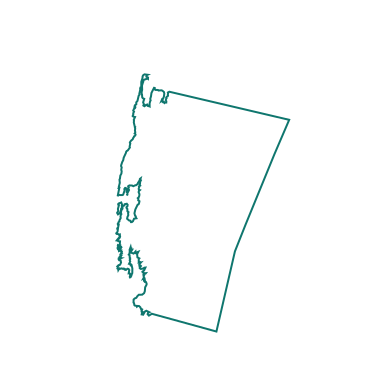 East Kwaio, Malaita, Solomon Islands (Equal Earth projection), rotated 227°
{"feature_id": "97153195B50400826200425", "entity_name": "East Kwaio", "entity_type": "district", "adm_level": 2, "iso_a3": "SLB", "parent_name": "Solomon Islands", "parent_adm1": "Malaita", "projection": "equal_earth", "projection_center": [161.056, -8.944], "detail": "fine", "context": "isolated", "style": "outline", "palette": "teal", "viewbox_px": 384, "rotation_deg": 227, "n_neighbors": 0, "source": "geoboundaries", "source_scale": "gbopen_adm2", "svg_char_len": 6041}
<svg xmlns="http://www.w3.org/2000/svg" viewBox="0 0 384 384"><g transform="rotate(227 192 192)"><path d="M73.3,114.7L119.3,182.9L131.6,208.9L163.5,278.2L178.5,312.3L280.8,243.8L281.2,242.2L280.5,241.9L279.9,240.9L278.9,240.3L278.6,239.5L278.9,238.7L278.7,237.6L277.9,237.3L277.7,236.4L277.0,235.5L276.3,235.6L276.2,235.9L276.1,235.3L275.0,234.2L275.8,233.4L275.8,232.7L276.9,232.9L277.1,232.1L278.3,231.9L278.5,232.5L279.4,233.4L279.5,231.9L280.4,233.8L280.1,234.9L281.0,236.6L282.9,238.9L284.4,239.7L286.4,239.4L287.2,239.0L289.1,236.7L289.8,236.7L291.7,234.8L292.4,234.8L293.5,235.7L294.1,235.3L292.1,229.9L289.9,227.2L288.6,225.0L287.1,224.1L287.0,223.4L285.7,221.4L283.5,219.4L284.5,219.1L284.4,218.8L285.0,218.4L286.6,218.8L286.8,217.4L287.1,217.4L287.2,215.7L288.4,215.4L289.0,216.7L290.9,217.4L292.7,220.6L294.1,220.0L295.1,220.1L297.5,222.0L298.2,222.2L299.5,223.4L300.7,225.2L303.9,228.0L305.6,230.9L306.0,231.0L305.9,231.6L306.6,232.3L306.8,233.4L305.4,236.7L304.7,236.9L305.7,237.9L307.5,237.3L308.3,238.5L308.0,239.5L310.4,237.5L310.7,236.2L310.3,234.8L309.1,233.5L307.1,230.0L303.6,226.7L303.3,225.9L303.6,225.6L303.2,224.8L302.1,223.9L299.8,220.5L299.0,220.1L298.8,218.7L295.8,214.2L295.6,212.4L294.1,211.0L294.4,209.7L294.1,208.8L293.4,207.9L293.2,208.7L292.6,208.4L292.2,207.4L292.3,206.0L291.6,204.5L290.3,204.4L289.7,202.7L289.0,202.3L288.0,200.4L287.2,200.5L285.7,201.5L284.5,198.6L283.7,198.2L282.6,196.9L278.8,194.7L278.3,194.8L278.0,194.1L277.1,193.7L276.0,192.3L274.3,191.2L273.9,190.0L273.4,190.2L272.5,189.9L272.0,189.0L272.2,187.4L271.7,186.7L271.6,185.7L271.0,184.6L271.1,182.5L270.8,180.9L270.4,180.1L269.6,180.0L267.8,177.4L266.9,176.9L266.2,173.3L266.5,172.2L266.2,171.0L265.7,170.4L263.7,165.5L262.2,163.4L261.5,161.4L259.8,158.3L259.1,157.7L258.0,157.4L256.4,155.3L255.2,154.8L253.6,152.9L252.9,150.8L250.9,148.4L250.5,147.4L247.9,145.4L245.7,142.0L244.8,142.1L244.5,141.5L244.9,141.2L244.8,140.8L244.1,141.0L239.6,134.7L240.2,136.5L239.0,137.1L237.3,138.9L237.0,139.8L239.1,143.8L240.3,144.5L240.6,145.9L240.2,146.3L239.6,145.9L238.9,146.2L237.9,145.6L237.0,145.6L236.6,144.2L235.3,144.2L236.4,147.3L237.1,147.6L237.7,147.4L238.2,147.7L238.5,148.9L239.5,149.0L239.8,149.4L239.5,150.7L237.6,152.6L236.3,153.0L235.6,155.1L235.1,155.7L235.0,158.0L235.5,158.7L236.3,161.8L237.1,162.8L237.0,163.7L236.2,162.4L235.4,162.6L234.8,161.0L233.5,159.6L233.0,158.7L232.0,158.5L232.3,157.0L231.6,156.7L230.7,155.2L229.9,154.7L228.9,155.2L228.9,153.9L228.4,152.9L226.3,152.1L225.2,150.9L224.5,149.5L224.5,148.2L223.6,148.2L222.6,147.0L221.1,147.3L220.7,146.8L219.6,145.1L219.5,144.3L219.8,143.6L217.9,138.7L215.7,135.4L213.5,134.2L212.6,134.3L211.6,133.6L210.7,133.4L212.0,131.4L210.9,128.9L211.0,127.5L211.6,126.8L213.0,127.4L214.0,126.6L216.7,126.3L217.8,127.8L218.5,129.6L220.2,130.9L220.6,131.8L221.9,131.6L223.8,133.2L225.2,133.3L225.7,134.2L225.6,135.0L226.5,136.2L227.9,136.3L229.0,134.4L228.3,133.4L228.9,131.9L228.1,130.5L227.2,129.8L226.7,127.6L224.9,125.4L224.1,125.3L224.1,124.8L222.8,122.9L221.6,122.1L220.7,119.5L220.0,118.9L220.0,117.5L219.5,116.9L219.3,115.9L218.9,115.7L218.7,116.5L218.3,116.4L216.2,113.4L216.5,113.0L216.3,112.6L215.9,113.1L214.0,110.8L213.5,109.7L213.6,109.0L213.4,108.4L212.8,108.3L211.0,109.7L209.7,109.2L209.7,109.9L208.5,108.9L208.4,107.9L208.1,108.4L207.9,108.1L207.6,105.6L208.1,105.0L207.9,103.9L207.0,104.6L206.3,104.5L205.0,105.7L202.9,103.4L202.1,102.8L201.9,103.0L201.1,101.7L200.2,102.8L199.7,102.7L199.3,101.0L199.5,100.4L200.8,100.4L201.3,101.8L201.5,100.3L202.0,99.7L201.8,99.3L200.6,98.8L199.9,99.1L198.6,98.3L198.1,99.8L197.5,100.4L197.0,99.6L195.7,98.9L195.6,99.3L195.3,98.9L195.3,98.4L195.0,98.5L195.1,96.9L194.1,96.3L194.0,95.6L193.6,96.3L193.3,95.0L193.1,94.6L193.2,95.7L192.6,95.4L192.8,94.3L192.0,95.0L192.6,93.3L192.5,92.3L191.7,92.2L190.6,93.1L188.8,92.0L188.0,90.1L187.9,89.1L188.6,88.4L188.5,86.6L187.7,86.7L186.9,85.3L186.1,85.5L185.2,84.9L185.6,86.2L185.5,86.8L185.0,86.7L184.6,87.5L184.6,87.9L185.0,87.8L182.8,89.1L182.9,89.5L182.4,90.0L181.5,90.4L181.0,89.9L180.1,90.5L179.9,92.5L179.0,93.1L177.7,92.9L175.7,90.2L175.2,90.9L174.5,90.9L173.9,90.4L173.4,90.6L172.6,89.0L172.1,89.1L172.1,88.5L171.8,88.4L171.6,89.0L172.1,90.5L172.8,90.9L172.7,91.4L173.1,91.7L173.1,92.5L173.6,93.2L176.7,96.2L180.0,98.1L180.3,98.1L180.4,97.2L181.5,97.7L182.4,97.0L183.3,99.4L184.6,99.9L184.9,100.8L185.6,101.0L185.8,101.7L186.6,101.8L188.3,103.2L189.3,103.0L189.6,104.3L191.7,106.7L192.2,106.8L193.6,109.6L192.8,109.1L192.1,109.3L191.4,107.7L190.9,107.7L190.5,108.5L189.9,106.5L189.4,106.0L186.8,107.3L187.0,110.1L185.6,109.1L185.2,109.3L185.3,111.0L184.9,112.0L184.0,109.5L181.4,107.5L179.4,108.2L179.3,107.4L177.7,105.8L177.2,105.9L176.8,105.1L176.2,106.1L175.7,105.8L175.3,106.5L175.1,104.1L174.4,103.6L173.9,104.8L174.0,103.9L173.6,103.4L173.1,104.2L172.7,104.2L172.4,102.3L171.9,101.8L170.6,102.1L169.4,104.0L169.1,105.6L168.5,106.4L167.9,105.0L167.8,104.3L167.3,103.6L167.5,101.6L167.1,101.6L166.8,101.1L165.6,101.6L165.2,101.4L164.1,102.9L164.0,102.3L164.8,100.7L164.6,100.0L163.6,99.9L163.6,99.3L162.4,98.7L161.9,97.3L161.6,98.4L161.3,98.5L159.7,97.4L159.7,97.0L160.2,96.7L159.8,96.3L158.4,96.2L158.0,96.9L157.3,96.9L155.6,96.1L155.0,95.0L154.3,92.8L151.6,89.8L150.7,88.0L150.9,85.5L153.1,83.1L153.1,81.1L152.6,79.1L153.2,77.6L153.2,76.0L151.0,73.8L150.2,73.8L148.6,72.7L148.0,72.7L146.5,73.8L145.7,73.5L145.7,74.6L144.7,75.5L143.0,75.6L140.8,74.8L141.0,75.2L140.1,75.5L139.5,74.1L139.0,73.6L138.3,74.0L136.8,71.7L135.6,72.6L135.9,73.2L136.6,73.1L136.8,74.3L136.1,74.3L136.7,76.2L136.3,77.6L133.2,78.8L133.6,77.5L132.9,76.2L131.0,76.2L130.3,79.6L73.3,114.7ZM233.6,130.0L233.1,129.4L232.2,129.6L230.1,126.2L228.5,125.2L227.8,123.0L226.1,122.6L225.9,123.9L226.2,125.9L227.0,127.5L228.2,128.9L228.3,130.2L230.1,131.5L230.3,132.2L232.6,133.1L233.6,130.6L233.6,130.0ZM203.7,101.7L203.3,101.1L202.2,101.1L201.8,101.4L201.6,102.3L202.5,102.3L203.7,101.7ZM234.5,143.3L234.5,142.9L233.9,142.1L234.1,143.0L234.5,143.3Z" fill="none" stroke="#0f766e" stroke-width="2"/></g></svg>